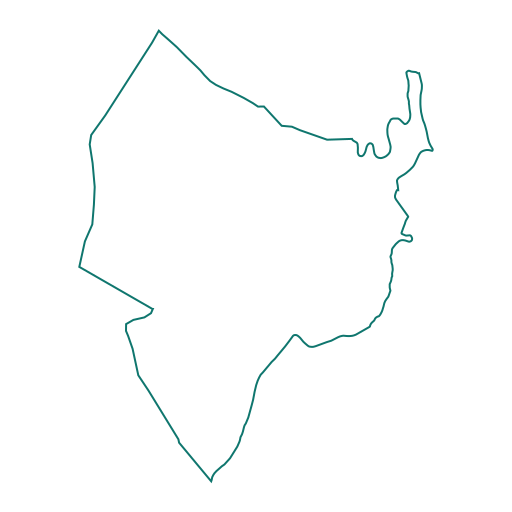 the district of Mae Lan, Pattani, Thailand
{"feature_id": "78962969B32664708228231", "entity_name": "Mae Lan", "entity_type": "district", "adm_level": 2, "iso_a3": "THA", "parent_name": "Thailand", "parent_adm1": "Pattani", "projection": "natural_earth1", "projection_center": [101.273, 6.665], "detail": "fine", "context": "isolated", "style": "outline", "palette": "teal", "viewbox_px": 512, "rotation_deg": 0, "n_neighbors": 0, "source": "geoboundaries", "source_scale": "gbopen_adm2", "svg_char_len": 6000}
<svg xmlns="http://www.w3.org/2000/svg" viewBox="0 0 512 512"><path d="M211.2,481.3L211.6,480.2L212.2,477.2L213.3,475.0L214.4,473.3L216.4,471.1L219.8,468.1L221.8,466.3L224.4,464.5L226.2,462.5L230.0,458.3L237.3,446.6L239.4,441.8L239.9,440.3L240.5,437.2L242.0,434.3L242.9,431.6L244.0,427.1L244.6,425.3L245.8,423.5L248.3,417.5L251.7,405.2L253.1,399.8L253.9,395.6L254.6,391.8L256.2,385.1L257.7,380.7L259.1,377.6L260.7,374.7L262.8,372.5L271.6,362.0L275.0,358.7L277.5,355.6L285.0,346.6L289.2,341.1L291.4,338.1L292.9,336.0L293.6,335.4L294.3,335.1L295.3,335.0L296.4,335.1L297.5,335.6L298.7,336.5L300.2,337.9L303.3,341.7L305.1,343.4L307.8,345.7L309.1,346.5L310.1,346.7L311.9,346.9L313.4,346.8L315.6,346.2L326.8,342.1L331.3,340.7L337.9,337.3L340.0,336.4L342.0,335.9L343.4,335.7L346.6,336.0L348.8,336.1L350.6,336.0L352.3,335.8L353.9,335.4L355.8,334.7L368.6,327.4L369.7,326.7L369.9,326.5L370.2,325.3L370.6,324.4L371.0,323.7L371.3,323.3L371.8,322.7L374.2,320.5L375.0,318.8L375.4,318.2L376.0,317.6L376.9,317.0L377.6,316.6L378.4,316.4L378.7,316.3L379.0,316.1L379.2,315.9L379.4,315.7L380.3,314.5L380.7,313.8L381.5,312.3L381.7,311.9L382.3,310.5L383.1,307.8L383.5,306.6L384.3,303.2L384.7,302.2L385.3,300.9L386.5,299.1L388.3,296.7L388.6,295.9L389.0,294.8L389.7,292.7L390.3,291.1L390.4,290.5L390.3,290.2L389.9,288.5L389.8,288.0L389.7,287.2L389.7,285.3L389.7,284.2L389.9,283.7L390.4,282.6L390.9,281.4L391.2,280.4L391.3,279.8L391.5,278.4L391.6,277.7L391.7,277.4L392.1,276.5L392.2,276.3L392.2,275.5L392.1,273.9L392.2,273.0L392.7,270.2L392.7,269.4L392.7,268.8L392.3,265.2L391.8,263.7L391.5,262.6L391.4,261.9L391.4,260.4L391.3,259.8L391.1,258.9L390.6,257.4L390.5,256.9L390.5,256.5L390.7,255.9L391.4,254.4L391.6,253.7L391.7,253.3L391.8,252.3L391.9,250.2L392.0,249.5L392.2,248.9L392.7,248.0L395.6,244.3L396.5,243.4L398.6,241.5L399.3,241.0L399.9,240.7L400.4,240.5L401.1,240.3L402.1,240.1L402.6,240.1L403.0,240.1L404.3,240.3L405.3,240.5L408.6,241.6L409.4,241.7L410.1,241.5L410.6,241.3L411.1,241.0L411.7,240.4L411.9,240.0L412.0,239.7L412.1,239.1L412.1,238.4L412.0,238.0L411.9,237.7L411.5,236.9L411.2,236.3L410.8,235.8L410.5,235.6L410.1,235.4L409.9,235.3L406.5,235.6L405.6,235.5L404.9,235.2L402.8,234.3L401.8,233.8L401.7,233.6L401.6,233.4L401.5,233.0L401.6,232.6L403.2,228.1L404.3,225.2L404.9,223.7L405.2,222.5L405.7,221.1L405.9,220.6L407.5,217.9L407.8,217.4L408.1,217.0L408.2,216.7L408.0,216.3L407.7,215.8L396.3,199.9L395.7,198.9L395.1,197.6L395.0,196.7L395.0,196.3L395.0,195.7L395.1,195.2L395.3,194.4L396.0,192.1L396.7,190.7L396.9,190.2L397.1,190.1L397.6,190.0L397.8,190.0L398.2,190.1L398.1,188.9L397.7,185.4L397.2,182.8L397.0,180.9L397.0,180.5L397.1,180.2L397.4,179.6L397.6,179.2L398.2,178.4L398.8,177.8L399.3,177.4L401.5,176.0L404.4,174.3L406.2,173.0L409.0,170.6L409.8,169.9L412.5,167.2L413.2,166.4L413.6,165.8L414.0,165.2L415.0,163.4L417.9,157.1L418.9,154.9L419.4,154.1L420.1,153.1L420.6,152.5L421.2,151.9L421.9,151.5L423.3,150.8L424.6,150.4L425.4,150.2L426.6,150.0L427.5,150.0L428.1,150.0L429.6,150.2L431.9,150.8L432.2,150.8L432.5,150.5L432.6,150.1L432.7,149.4L432.6,149.0L430.5,145.5L429.2,142.7L428.6,140.8L427.9,138.1L426.7,131.8L426.0,129.0L425.0,125.4L424.3,123.3L423.0,120.2L422.9,119.7L422.6,118.7L421.1,112.1L420.6,107.5L420.4,104.3L420.4,100.1L420.6,95.4L420.7,94.6L421.1,92.6L421.5,90.7L421.8,88.8L421.9,86.4L421.9,85.2L421.8,84.3L421.6,83.3L419.1,73.2L418.6,73.3L418.2,73.3L416.1,72.2L415.9,72.1L415.3,72.0L413.0,71.8L411.7,71.6L411.1,71.5L410.2,71.1L409.5,70.9L408.9,70.7L408.5,70.8L408.2,70.9L407.8,71.1L407.1,71.6L406.7,72.0L406.4,72.5L406.5,73.6L407.0,76.2L407.4,77.8L408.3,80.6L408.3,81.0L408.4,81.7L408.5,83.5L408.7,85.5L408.4,90.2L408.4,90.7L408.3,91.1L407.9,92.4L407.7,93.0L407.6,93.7L407.6,94.5L407.6,96.2L407.7,97.0L408.5,99.7L408.9,101.3L408.9,101.5L408.9,103.0L408.9,103.6L409.2,105.3L409.5,108.7L410.1,112.6L410.2,113.5L410.3,113.9L410.3,115.1L410.2,116.2L410.2,116.9L410.1,117.5L409.8,118.8L409.5,119.7L409.1,120.5L408.5,121.4L407.4,122.8L407.2,123.1L406.7,123.4L406.2,123.7L405.7,123.9L405.4,124.0L404.9,124.0L404.6,124.0L404.3,123.8L403.6,123.2L401.7,121.4L400.1,119.8L399.4,119.3L398.4,118.7L398.0,118.6L397.6,118.5L395.3,118.5L393.6,118.5L392.5,118.7L391.8,119.0L391.1,119.4L390.7,119.8L390.3,120.4L389.8,121.5L389.0,122.8L388.6,123.6L388.2,124.6L388.0,125.2L387.8,126.1L387.4,128.6L387.3,129.7L387.4,132.6L387.5,133.9L387.6,134.8L388.0,136.7L388.6,138.7L389.5,142.0L390.2,144.6L390.4,145.6L390.6,146.7L390.6,147.5L390.5,148.5L390.3,149.9L390.1,150.9L390.0,151.7L389.8,152.0L389.6,152.5L389.2,153.0L388.5,154.0L387.9,154.6L386.9,155.5L386.3,156.0L385.7,156.4L385.1,156.7L384.1,157.2L382.4,157.8L381.5,158.0L380.7,158.1L380.1,158.0L378.7,157.8L377.9,157.5L376.9,156.9L376.3,156.5L376.2,156.3L375.6,155.5L374.9,154.5L374.7,154.1L374.5,153.7L374.3,152.9L373.8,150.1L373.3,146.8L373.0,145.9L372.9,145.3L372.7,144.8L372.5,144.5L372.2,144.2L371.7,143.8L371.4,143.6L370.9,143.4L370.7,143.3L369.7,143.3L369.0,143.7L368.2,144.3L367.6,145.0L367.2,145.8L366.8,146.5L366.4,147.7L366.3,148.2L365.9,149.7L365.6,150.9L365.2,152.0L364.7,153.1L364.0,154.3L363.9,154.5L363.5,155.0L363.1,155.4L362.6,155.7L362.2,156.0L361.8,156.1L361.5,156.1L360.7,156.1L360.4,156.0L359.7,155.9L359.4,155.7L359.0,155.3L358.8,155.1L358.4,154.5L358.1,153.6L357.8,152.5L357.8,151.6L357.9,147.7L357.8,146.6L357.7,145.5L357.6,144.2L357.3,143.5L357.0,143.0L356.7,142.6L356.3,142.4L355.7,142.0L354.8,141.5L353.6,140.8L353.0,140.3L352.8,140.2L352.4,139.7L352.1,139.2L352.0,138.9L327.1,139.7L300.0,130.2L291.9,126.7L281.7,125.8L263.9,106.5L258.0,106.6L252.8,103.1L243.7,97.9L231.6,91.8L223.5,88.5L216.0,84.9L210.2,81.1L204.4,75.2L200.4,70.4L195.0,65.1L186.2,56.7L176.9,47.2L169.2,40.3L162.2,34.2L158.8,30.7L152.1,42.6L105.2,115.5L91.2,135.0L89.7,144.4L92.6,163.1L94.7,187.0L93.9,204.8L92.3,224.4L84.9,241.4L79.3,266.9L152.5,309.0L152.8,309.0L151.0,313.2L144.4,317.4L133.4,319.9L126.1,324.1L126.0,330.9L128.1,335.9L132.6,348.8L138.3,375.3L148.5,390.6L178.4,439.3L179.1,442.7L211.2,481.3Z" fill="none" stroke="#0f766e" stroke-width="2"/></svg>